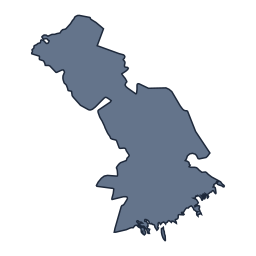 outline of Astrakhan'
{"feature_id": "RUS-2388", "entity_name": "Astrakhan'", "entity_type": "Region", "adm_level": 1, "iso_a3": "RUS", "parent_name": "Russia", "parent_adm1": "", "projection": "albers", "projection_center": [47.293, 47.158], "detail": "fine", "context": "isolated", "style": "filled", "palette": "slate", "viewbox_px": 256, "rotation_deg": 0, "n_neighbors": 0, "source": "natural_earth", "source_scale": "10m", "svg_char_len": 5891}
<svg xmlns="http://www.w3.org/2000/svg" viewBox="0 0 256 256"><path d="M103.5,28.8L97.2,45.7L119.0,53.6L123.4,54.8L124.3,55.5L124.8,56.4L124.8,57.0L124.3,58.3L123.2,59.4L123.4,60.0L124.7,61.5L125.0,62.8L124.5,65.1L124.5,66.3L125.1,67.1L127.5,67.4L128.3,68.2L127.7,69.5L125.9,71.1L121.8,73.8L122.1,74.6L125.2,78.5L126.8,81.4L126.8,81.9L125.9,82.8L125.1,84.8L125.3,85.5L126.0,86.6L127.5,88.0L135.7,93.8L136.4,93.6L136.7,92.3L137.0,89.3L137.0,85.3L137.2,84.3L138.0,83.7L139.1,83.8L148.5,88.3L166.0,87.9L169.0,89.3L171.8,91.6L180.2,105.9L182.5,109.0L183.7,110.1L185.3,110.7L186.9,110.8L187.6,111.3L195.6,131.5L209.9,153.0L207.4,156.3L206.0,157.5L199.1,158.9L198.0,158.5L196.8,156.0L196.0,154.9L195.1,154.1L192.5,153.3L189.7,153.9L187.4,155.9L186.3,159.1L185.2,160.6L187.0,161.1L188.6,162.1L189.0,162.7L189.4,164.6L190.2,165.1L189.1,166.7L190.7,167.3L194.8,167.3L196.6,167.7L197.9,168.8L199.1,170.1L201.9,172.3L205.4,172.0L206.4,172.5L208.3,174.4L211.7,177.0L220.6,181.8L222.3,184.1L223.8,185.2L224.3,186.0L224.0,186.8L223.2,186.9L221.7,185.8L219.3,185.1L217.6,184.3L216.8,183.1L217.9,181.9L217.1,181.4L216.6,181.8L215.8,183.4L214.3,184.2L213.8,184.7L214.0,185.6L213.4,186.2L213.1,187.0L214.4,187.0L215.2,187.7L215.5,189.0L216.0,193.1L215.7,193.6L214.8,192.9L213.6,190.9L213.1,190.6L212.4,190.7L211.4,192.0L210.2,192.3L208.5,193.8L207.6,194.4L207.6,194.8L208.6,196.6L207.9,197.8L207.5,198.1L207.3,197.7L207.1,196.4L206.7,195.0L205.9,194.0L205.1,193.5L205.4,195.7L205.4,196.6L204.8,196.0L203.9,194.5L203.2,194.0L202.9,194.5L203.8,195.5L204.6,197.2L204.9,198.6L204.2,198.9L203.5,198.0L203.0,196.7L202.3,195.6L201.1,195.4L202.4,197.0L202.8,198.0L202.7,199.4L202.4,200.1L201.9,200.1L201.6,199.6L201.4,198.8L200.7,197.5L199.1,196.1L197.5,195.4L197.0,196.3L196.7,196.3L196.2,195.9L195.9,196.0L195.5,196.8L195.3,198.0L193.6,198.2L196.4,199.5L198.3,202.6L197.5,204.1L195.8,205.0L194.7,205.9L195.0,206.8L196.1,206.0L197.0,205.7L198.9,205.8L199.5,206.1L199.6,206.9L199.5,207.7L199.0,208.9L199.1,209.5L199.8,210.3L199.8,211.2L201.0,213.1L201.4,214.3L200.2,213.6L199.2,214.3L198.2,214.5L197.9,215.0L198.0,216.1L197.0,215.2L196.6,213.9L196.8,212.5L197.7,211.7L196.9,211.7L196.2,211.5L194.8,210.2L194.0,209.9L193.8,209.7L193.5,208.6L192.2,206.7L191.3,205.9L190.5,206.2L189.0,207.1L188.4,208.0L186.4,208.0L185.0,209.7L183.2,212.8L182.5,212.3L181.9,212.3L181.5,212.7L181.8,213.5L183.8,213.9L184.1,214.4L183.5,214.9L179.1,214.6L178.4,214.9L178.2,215.5L178.2,217.4L177.9,218.3L177.6,218.7L176.7,219.2L175.5,219.5L175.3,219.7L175.4,220.6L176.3,222.3L176.4,223.3L173.5,221.4L172.0,221.1L171.4,222.4L169.4,220.8L168.8,220.6L168.1,221.0L167.3,222.2L166.1,222.8L165.8,223.2L165.6,224.0L164.4,222.5L163.8,222.0L162.0,222.7L160.5,224.5L160.3,224.3L159.5,222.6L158.8,222.5L158.3,223.0L158.1,223.7L158.2,225.4L157.7,226.8L157.7,227.4L158.5,227.9L157.9,229.2L156.9,230.2L155.0,227.3L154.5,225.3L153.8,224.7L152.4,224.4L151.7,223.5L151.1,223.9L149.9,223.7L149.3,222.8L148.9,221.5L147.8,220.3L146.0,219.5L145.0,219.5L144.6,220.1L144.8,221.3L145.3,221.5L145.9,221.2L146.5,221.2L146.5,221.5L147.1,222.9L148.1,223.6L147.9,225.0L148.1,226.0L147.3,226.3L147.2,226.5L147.5,227.1L147.3,228.2L148.0,228.7L149.7,229.3L149.0,231.3L148.9,232.1L149.4,233.4L148.2,233.4L147.6,232.7L146.9,230.2L146.2,229.1L144.2,226.4L143.6,226.1L141.5,226.2L140.3,225.0L139.2,224.6L139.3,224.0L140.2,223.1L142.4,223.1L141.4,222.2L138.8,221.9L138.3,221.0L137.5,220.7L137.0,220.9L136.7,221.5L136.9,222.0L138.2,223.3L138.3,224.8L139.0,225.8L139.9,225.8L140.9,227.1L143.0,227.5L143.9,227.9L144.7,228.9L144.5,229.4L145.6,232.9L145.6,233.5L145.4,233.8L144.3,234.9L143.4,234.1L142.7,232.7L142.7,231.2L142.0,231.7L142.0,232.6L142.1,233.1L141.7,232.7L141.3,232.0L141.0,228.8L140.7,228.2L138.4,227.0L136.8,225.4L136.1,225.2L134.8,225.7L133.2,227.7L131.0,227.7L126.3,229.7L115.7,232.2L114.2,232.2L115.0,228.3L121.2,206.7L121.9,205.6L123.5,204.9L124.3,203.9L127.3,199.0L127.4,198.3L127.3,197.6L126.8,196.9L126.0,196.7L123.5,196.7L112.1,199.5L111.9,199.3L111.9,198.3L113.2,193.7L113.8,189.0L113.5,188.7L112.9,188.4L96.9,186.3L96.4,185.5L98.2,182.1L101.3,178.3L104.2,176.1L107.5,175.4L116.8,176.1L117.4,175.9L117.6,174.5L117.3,170.7L116.9,168.9L116.4,167.9L116.8,166.9L118.7,164.3L120.5,162.7L126.3,160.5L127.1,158.1L127.9,157.4L129.2,155.7L128.9,154.7L126.2,150.6L125.9,149.5L125.3,148.5L124.6,148.2L123.7,148.1L120.2,148.4L119.6,148.2L119.1,147.7L116.7,141.1L116.3,140.4L115.7,140.0L112.3,139.2L110.7,138.4L109.7,136.1L108.4,134.4L107.4,132.7L105.1,127.9L104.4,125.9L102.0,120.8L100.6,118.6L99.7,116.9L98.2,112.7L98.0,111.8L98.0,111.0L98.1,110.5L98.7,109.9L110.4,102.0L111.2,100.6L107.2,97.8L105.8,97.3L105.0,97.5L103.9,98.3L95.3,107.0L92.5,109.2L90.7,109.9L89.8,110.0L88.5,109.7L80.5,105.3L73.5,97.5L72.2,95.7L71.5,91.4L70.8,91.1L68.3,90.6L68.0,90.2L67.5,88.1L66.4,85.2L65.4,84.0L64.5,83.4L64.0,82.5L63.1,79.7L62.9,78.2L63.0,75.9L64.5,72.2L64.4,71.8L63.7,70.3L63.1,69.9L61.7,70.1L56.7,72.4L55.9,72.3L49.8,65.9L48.8,65.5L45.3,65.4L44.7,63.1L43.7,61.1L43.1,60.7L39.5,59.5L39.3,58.5L39.5,56.8L39.4,56.4L39.2,56.1L31.8,53.8L31.7,53.5L31.7,52.9L32.3,51.9L32.5,51.0L32.0,50.0L32.1,49.6L33.5,48.5L33.9,47.9L34.0,46.3L34.1,45.9L34.5,45.6L36.6,44.6L37.9,43.5L40.2,42.8L40.6,41.9L40.8,40.4L41.3,39.9L43.5,40.5L46.2,43.3L46.8,43.5L47.9,43.3L49.1,41.4L49.1,40.7L48.2,40.3L47.5,39.3L46.6,38.7L45.9,38.6L43.9,39.1L43.2,38.9L42.1,37.5L41.9,36.8L42.1,36.5L43.4,35.4L44.1,35.0L46.1,35.1L47.9,36.2L51.9,34.4L54.9,34.3L56.8,33.6L59.9,33.0L60.4,32.4L61.2,31.0L62.6,29.7L65.4,29.1L66.2,28.5L70.5,23.7L72.5,20.5L74.0,18.8L74.7,17.2L75.5,16.5L77.5,15.5L79.3,15.4L89.7,17.4L90.1,17.6L90.6,19.0L91.2,19.5L96.1,22.6L103.5,28.8ZM165.2,235.9L165.4,240.4L165.3,240.6L165.0,240.6L163.5,238.8L162.8,237.3L162.0,235.0L161.5,232.6L161.4,229.2L161.5,228.5L162.4,228.3L163.3,227.3L163.5,228.0L163.4,229.1L164.3,231.7L164.5,233.9L165.2,235.9Z" fill="#64748b" stroke="#1e293b" stroke-width="1.5"/></svg>